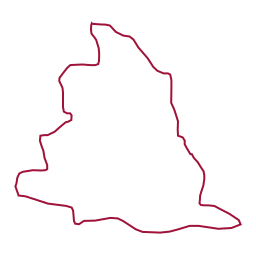 Gevgelija, Mercator projection
{"feature_id": "MKD-2998", "entity_name": "Gevgelija", "entity_type": "Statistical Region", "adm_level": 1, "iso_a3": "MKD", "parent_name": "North Macedonia", "parent_adm1": "", "projection": "mercator", "projection_center": [22.379, 41.246], "detail": "fine", "context": "isolated", "style": "outline", "palette": "rose", "viewbox_px": 256, "rotation_deg": 0, "n_neighbors": 0, "source": "natural_earth", "source_scale": "10m", "svg_char_len": 1533}
<svg xmlns="http://www.w3.org/2000/svg" viewBox="0 0 256 256"><path d="M240.6,224.4L231.5,228.0L218.4,228.8L198.9,225.9L189.5,225.9L178.0,229.4L169.7,231.6L160.2,232.6L142.5,231.9L135.8,229.3L123.1,221.0L117.7,218.4L110.3,217.9L95.2,220.6L84.0,220.9L79.0,224.2L75.2,223.7L74.0,221.0L73.1,210.5L71.6,207.5L66.1,205.9L48.0,203.6L25.4,196.3L18.6,195.5L18.6,195.4L15.4,186.4L16.5,183.2L17.3,177.8L19.3,173.5L22.8,171.8L32.9,170.2L41.4,170.5L45.4,170.2L47.2,169.2L47.2,165.1L45.9,161.5L44.5,157.8L43.4,150.8L41.7,146.4L39.9,140.7L40.4,135.7L42.4,135.4L44.7,135.1L47.7,135.1L54.7,131.7L59.5,127.4L65.6,122.3L68.1,121.7L71.3,120.0L71.6,115.3L70.1,113.3L67.0,113.3L63.8,111.6L63.0,107.0L63.0,102.6L63.0,92.6L62.5,87.9L61.3,85.2L59.3,81.2L59.3,80.6L59.5,77.9L63.0,73.2L67.3,67.8L70.3,65.1L75.3,64.8L82.4,64.5L90.2,65.1L95.2,65.1L98.2,64.1L99.0,60.8L99.2,54.1L98.7,48.1L96.2,40.0L94.5,37.4L91.5,33.7L91.0,29.6L91.2,25.3L91.8,23.4L92.1,23.8L100.1,24.4L105.4,24.6L109.9,25.5L115.8,31.9L123.3,35.6L129.6,36.5L133.5,39.6L138.3,47.4L147.8,58.4L153.2,66.8L157.4,70.8L163.6,73.4L168.0,73.4L170.2,74.6L171.4,80.0L171.4,87.2L171.2,102.8L174.3,109.7L178.0,121.3L177.7,129.3L178.0,135.7L182.7,137.4L184.7,140.6L184.7,144.3L187.4,149.2L190.4,154.1L191.8,154.1L194.0,158.1L197.7,162.1L200.6,166.8L203.6,171.3L204.3,175.3L204.3,179.3L203.3,185.7L201.3,191.6L200.1,195.8L199.9,199.8L199.5,203.4L200.9,205.0L203.7,205.3L208.1,205.3L214.4,206.0L220.1,209.0L229.7,214.0L238.8,220.1L240.5,224.2L240.6,224.4Z" fill="none" stroke="#9f1239" stroke-width="2"/></svg>